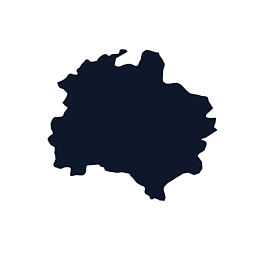 the border of Zapadno-Backi, rotated 143°
{"feature_id": "SRB-273", "entity_name": "Zapadno-Backi", "entity_type": "District", "adm_level": 1, "iso_a3": "SRB", "parent_name": "Republic of Serbia", "parent_adm1": "", "projection": "natural_earth1", "projection_center": [19.294, 45.728], "detail": "fine", "context": "isolated", "style": "filled", "palette": "ink", "viewbox_px": 256, "rotation_deg": 143, "n_neighbors": 0, "source": "natural_earth", "source_scale": "10m", "svg_char_len": 4727}
<svg xmlns="http://www.w3.org/2000/svg" viewBox="0 0 256 256"><g transform="rotate(143 128 128)"><path d="M129.5,60.8L135.4,59.8L137.8,57.0L138.8,53.8L140.4,50.4L142.8,48.8L143.3,49.4L143.8,50.0L145.2,51.1L145.7,51.6L146.0,52.1L146.5,53.5L146.9,54.2L148.4,56.4L148.8,56.7L149.1,56.9L150.8,57.0L151.2,57.1L151.6,57.3L151.8,57.6L151.9,58.0L151.9,58.3L151.4,60.1L151.3,60.7L151.4,61.3L152.9,65.1L153.0,65.3L153.0,65.7L152.9,66.0L152.7,66.4L152.5,66.8L152.0,67.3L151.2,67.9L150.7,68.4L150.2,69.1L149.8,69.9L149.7,70.5L149.7,71.2L149.8,71.8L150.0,72.4L150.3,72.9L151.5,74.6L152.2,76.4L152.9,78.2L153.3,79.3L153.4,80.8L153.5,83.5L153.4,85.5L153.5,86.0L153.9,87.2L154.0,87.8L154.0,88.4L153.8,89.9L153.8,90.4L153.9,91.0L154.3,91.6L154.7,92.2L155.7,93.3L157.1,94.9L158.9,96.8L159.8,97.4L162.2,98.7L163.3,99.4L164.2,100.2L165.5,101.8L166.2,102.5L168.3,104.3L168.5,104.6L168.9,105.2L170.2,106.8L170.7,107.4L171.0,108.1L171.0,108.6L170.3,110.5L170.2,111.0L170.4,111.5L170.6,111.8L171.6,113.0L172.0,113.4L172.3,113.9L172.4,114.5L172.4,115.8L172.5,116.3L172.8,116.9L173.3,117.3L176.4,119.2L178.2,120.5L180.3,121.7L181.5,122.6L181.9,122.9L182.7,123.3L183.1,123.3L183.6,123.3L184.1,123.2L184.7,122.9L185.7,122.0L186.1,121.6L187.3,120.1L188.2,119.2L188.7,118.7L189.3,118.4L189.8,118.2L190.3,118.0L191.0,118.0L191.7,118.0L192.2,118.2L192.7,118.4L193.3,118.8L194.5,119.7L196.9,122.0L197.9,122.5L199.9,123.3L201.3,124.1L202.0,124.6L201.2,125.7L198.7,128.1L198.1,128.7L197.7,129.3L197.4,129.9L197.3,130.5L197.4,130.9L197.7,131.8L198.0,132.4L198.4,132.9L198.9,133.4L201.3,135.0L202.4,135.5L205.0,136.1L205.8,136.5L206.6,137.1L207.1,137.9L207.9,139.4L209.1,140.9L209.2,141.3L209.4,141.9L209.4,142.6L209.1,143.2L208.6,143.6L206.7,144.6L204.0,146.3L202.0,149.6L201.4,151.5L201.2,152.0L200.9,152.4L199.3,153.8L198.9,154.3L197.9,155.8L197.7,156.3L197.6,156.9L197.6,157.5L197.7,157.9L198.4,159.4L199.0,160.6L199.2,160.9L199.2,161.5L199.0,163.1L198.9,165.4L198.8,166.1L198.5,166.6L198.2,167.1L197.8,167.3L197.4,167.5L195.9,167.9L194.6,168.0L192.3,167.8L191.8,167.9L191.4,168.0L190.9,168.4L190.4,168.8L190.1,169.3L189.8,170.1L189.6,170.7L189.4,172.6L189.3,173.2L189.1,173.7L188.9,174.1L187.8,175.6L187.0,177.0L186.7,177.4L186.4,177.7L185.2,178.5L183.0,179.7L182.0,180.1L181.5,180.2L180.9,180.2L180.4,180.1L180.0,179.9L179.6,179.7L178.1,178.4L177.6,178.2L174.9,176.6L173.9,176.2L173.5,176.1L172.9,176.1L172.1,176.3L171.2,176.7L169.9,177.7L169.3,178.0L168.8,178.2L166.9,178.7L163.2,179.8L163.5,182.7L163.6,182.9L164.1,183.7L164.2,184.2L164.3,187.3L163.2,187.4L161.8,187.7L158.2,189.3L155.5,190.9L155.2,191.2L155.0,191.6L154.9,192.2L154.9,193.4L154.9,194.0L155.2,195.5L155.3,196.1L155.3,197.4L155.4,198.0L155.7,198.5L156.9,200.2L157.2,200.8L157.6,201.6L157.7,202.2L157.6,202.9L157.6,203.4L157.0,205.3L156.8,206.0L152.9,205.1L151.5,204.8L150.6,204.7L148.9,204.6L147.2,204.6L146.4,204.7L145.7,204.9L144.3,205.6L143.6,205.8L143.0,205.8L142.6,205.8L141.7,205.4L141.1,205.0L140.7,204.4L139.8,203.1L137.7,201.0L137.0,200.5L136.4,200.4L135.8,200.5L135.3,200.8L134.9,201.3L134.6,201.8L134.3,202.5L134.2,203.8L134.0,204.2L133.8,204.5L133.5,204.7L133.1,204.9L132.5,204.9L131.8,204.9L131.0,204.8L130.3,204.8L129.7,204.8L129.1,205.0L128.0,205.6L126.5,206.1L125.7,206.3L123.2,206.6L122.4,206.7L121.3,207.1L120.8,207.2L120.3,207.1L120.0,207.0L119.7,206.7L119.2,206.0L119.1,205.6L119.0,205.1L119.0,204.3L118.9,203.8L118.5,203.0L117.9,202.3L117.1,201.8L113.3,199.9L112.7,199.8L112.3,199.7L111.7,199.8L111.1,200.0L109.7,200.7L108.9,200.8L108.1,200.9L105.7,201.0L104.1,200.9L103.4,200.7L102.9,200.5L102.1,200.0L101.8,199.7L101.5,199.3L101.3,198.8L100.8,197.1L100.6,196.7L100.3,196.4L99.9,196.1L99.5,196.0L98.9,195.9L97.4,196.0L96.8,195.9L96.2,195.6L94.2,194.4L92.3,192.9L91.9,192.7L91.4,192.5L90.8,192.4L90.1,192.5L89.7,192.7L89.2,192.9L87.7,194.2L87.1,194.4L86.6,194.3L86.2,194.2L85.7,193.8L84.7,192.8L83.5,191.9L83.2,191.3L83.1,190.9L83.2,190.3L83.2,190.0L95.8,191.7L102.0,186.3L99.6,182.4L96.9,181.0L93.8,180.4L90.2,178.9L88.1,177.3L87.2,176.1L86.5,174.7L85.2,172.5L83.3,171.2L81.4,171.8L79.6,172.9L75.8,174.7L73.7,176.9L71.0,178.9L67.0,178.9L65.0,177.1L60.7,171.0L58.9,169.7L59.7,167.4L59.9,162.4L60.8,157.3L63.4,155.0L65.7,153.5L71.6,146.3L72.8,143.9L71.5,140.1L68.5,137.7L64.8,135.8L61.9,133.8L60.2,130.3L59.3,122.1L58.3,118.0L52.2,111.3L50.6,109.0L47.4,106.0L46.6,104.4L47.0,103.2L47.8,102.1L48.2,100.5L48.8,93.2L55.6,92.6L58.3,92.1L59.8,90.3L59.2,88.2L56.9,86.0L52.6,83.0L54.5,81.0L56.2,79.6L59.8,77.5L58.6,73.3L71.6,74.2L75.7,75.8L76.9,75.3L77.2,74.4L76.7,73.3L75.1,71.0L74.8,70.0L75.0,69.0L75.7,68.0L80.7,64.8L86.1,65.5L89.9,64.6L90.1,56.6L93.4,51.5L98.3,49.7L103.1,51.3L106.2,56.6L110.9,59.1L129.5,60.8Z" fill="#0f172a" stroke="#020617" stroke-width="1.5"/></g></svg>